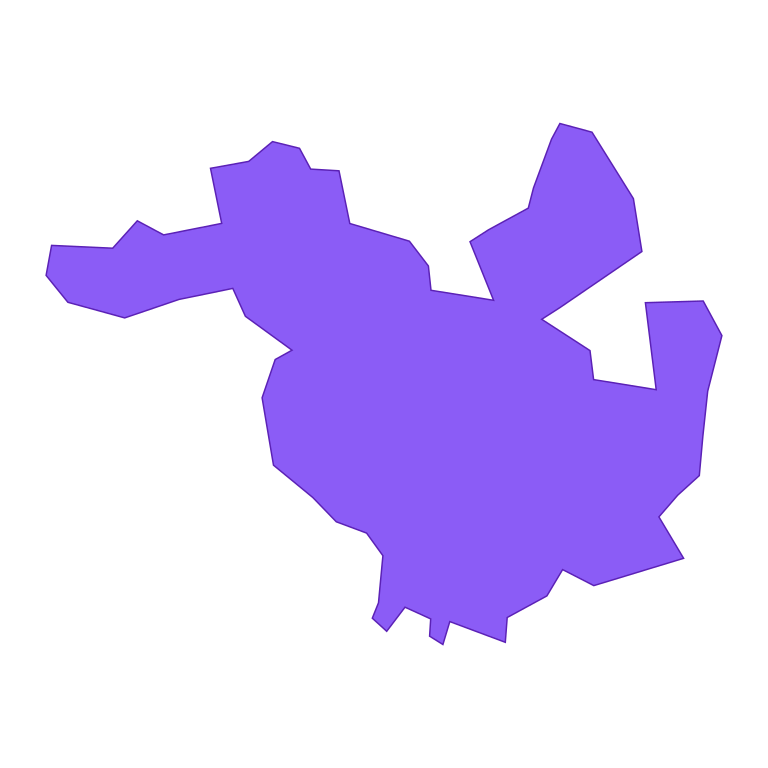 outline of Samarkand city, Samarkand, Uzbekistan
{"feature_id": "79887680B93322168569220", "entity_name": "Samarkand city", "entity_type": "district", "adm_level": 2, "iso_a3": "UZB", "parent_name": "Uzbekistan", "parent_adm1": "Samarkand", "projection": "natural_earth1", "projection_center": [66.968, 39.625], "detail": "fine", "context": "isolated", "style": "filled", "palette": "violet", "viewbox_px": 768, "rotation_deg": 0, "n_neighbors": 0, "source": "geoboundaries", "source_scale": "gbopen_adm2", "svg_char_len": 932}
<svg xmlns="http://www.w3.org/2000/svg" viewBox="0 0 768 768"><path d="M67.9,302.3L124.7,317.9L179.1,299.4L232.8,288.4L245.4,316.3L292.0,350.2L275.2,359.5L262.1,397.8L273.5,465.2L312.8,497.5L336.3,521.8L366.6,533.1L382.9,555.7L378.5,602.8L372.3,618.2L386.7,631.3L405.0,607.2L430.7,618.9L429.6,636.2L442.9,644.5L449.8,621.6L505.3,642.3L507.2,617.5L546.9,595.9L562.6,569.6L593.8,585.6L683.6,558.3L658.9,516.9L677.7,495.2L699.3,475.6L702.9,435.9L707.7,391.2L721.9,335.6L703.2,301.0L645.4,302.7L656.2,389.7L593.6,379.6L590.0,350.6L541.7,319.3L560.2,307.4L641.9,251.5L633.4,198.6L592.0,132.2L559.9,123.5L551.5,139.2L533.5,187.9L528.3,208.1L488.5,229.8L470.0,241.7L493.6,300.3L431.0,290.3L428.4,266.0L409.4,241.2L349.8,223.5L339.0,170.8L310.7,169.1L299.5,148.3L272.5,141.6L248.7,161.4L210.5,168.3L221.7,223.4L163.6,234.9L137.3,220.8L112.7,248.2L51.6,245.4L46.1,275.4L67.9,302.3Z" fill="#8b5cf6" stroke="#5b21b6" stroke-width="1.5"/></svg>